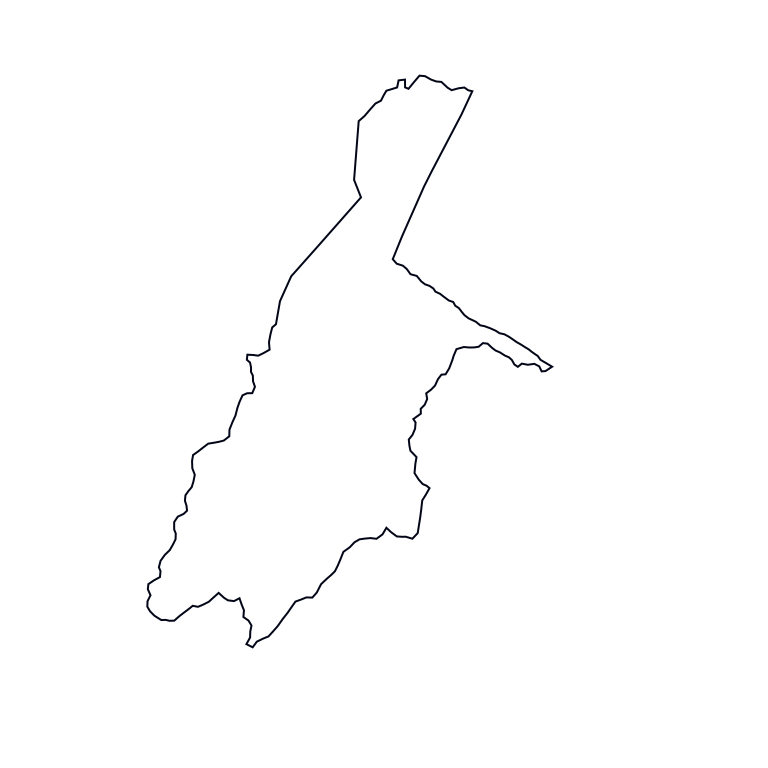 the district of São João do Rio do Peixe, Paraíba, Brazil, rotated 203°
{"feature_id": "56859067B54672156861025", "entity_name": "São João do Rio do Peixe", "entity_type": "district", "adm_level": 2, "iso_a3": "BRA", "parent_name": "Brazil", "parent_adm1": "Paraíba", "projection": "equal_earth", "projection_center": [-38.435, -6.751], "detail": "fine", "context": "isolated", "style": "outline", "palette": "ink", "viewbox_px": 768, "rotation_deg": 203, "n_neighbors": 0, "source": "geoboundaries", "source_scale": "gbopen_adm2", "svg_char_len": 3187}
<svg xmlns="http://www.w3.org/2000/svg" viewBox="0 0 768 768"><g transform="rotate(203 384 384)"><path d="M522.7,107.7L521.2,102.8L516.4,98.3L516.8,91.7L514.9,86.6L510.6,83.4L504.8,81.0L496.8,79.7L492.7,81.6L489.0,82.2L484.6,84.2L481.7,90.3L478.7,95.6L475.8,100.6L473.4,105.1L468.2,106.2L464.3,110.2L460.1,115.2L458.3,119.2L454.6,127.1L447.7,124.7L443.2,123.9L437.3,125.5L433.3,130.3L428.8,125.3L424.5,121.0L422.4,114.6L416.3,113.3L411.6,109.9L410.4,104.0L408.2,98.3L409.0,90.8L402.0,90.3L400.4,97.1L395.7,102.5L391.7,106.5L389.4,113.1L387.3,119.4L385.3,128.5L383.3,135.8L381.9,142.7L380.5,149.1L376.3,153.0L372.1,157.2L366.5,159.4L364.4,165.7L363.7,175.2L360.3,182.9L358.0,187.6L356.0,192.5L355.6,198.7L355.6,205.3L355.8,213.6L351.7,220.4L349.3,226.8L345.8,231.5L340.9,234.4L336.2,236.9L330.4,238.6L326.6,245.0L325.6,252.6L319.7,250.4L312.6,248.7L307.7,250.4L304.3,251.9L297.4,252.7L294.7,259.9L296.7,267.8L298.3,274.4L300.4,282.0L303.3,291.8L302.2,298.7L301.4,305.9L305.1,307.0L309.2,307.0L314.6,309.5L321.1,313.9L324.0,323.0L325.5,329.4L329.9,331.3L333.6,332.9L336.4,337.0L339.5,342.6L337.9,348.2L337.9,354.9L339.9,360.9L343.3,363.2L338.5,371.1L340.5,375.5L338.4,380.9L338.4,387.1L341.5,391.9L338.5,397.1L336.4,402.5L336.2,409.6L334.8,415.0L331.1,417.0L330.1,423.8L330.4,432.4L330.9,437.3L330.9,444.4L325.0,449.2L319.3,451.1L315.1,453.0L311.4,455.3L308.9,460.3L304.4,461.6L298.7,459.5L294.4,458.4L289.7,458.4L283.8,457.4L279.5,457.4L275.7,456.1L271.6,452.9L267.5,452.1L265.1,456.6L259.1,457.9L253.5,461.3L248.0,460.9L243.8,457.2L240.4,459.0L236.0,465.6L242.4,466.5L249.4,467.4L253.5,469.9L257.2,470.6L260.8,471.4L264.3,472.4L268.5,473.0L273.1,473.8L278.3,474.4L282.9,475.4L287.4,476.3L292.6,476.8L297.5,475.9L302.2,476.7L308.3,476.8L314.1,476.5L318.3,475.6L323.8,477.2L331.8,477.5L336.8,478.8L340.5,480.7L344.7,483.1L349.0,483.9L352.3,486.5L357.0,486.2L363.5,487.8L367.5,488.9L372.7,489.1L375.9,491.2L380.5,492.1L385.2,491.8L389.8,493.0L396.1,496.3L402.5,495.4L407.9,498.7L412.8,500.3L419.3,499.7L424.7,502.3L425.1,526.9L424.7,553.6L424.3,581.5L423.2,598.3L418.0,662.3L417.1,688.0L421.2,687.3L425.9,688.3L431.0,685.3L436.5,680.9L441.2,681.6L444.8,682.9L449.2,684.5L454.2,682.9L459.5,682.6L466.5,683.4L471.8,681.7L474.4,673.5L476.8,665.3L480.5,665.3L483.6,672.4L489.2,669.2L487.8,662.1L492.3,658.3L496.4,654.9L497.1,649.5L497.5,643.6L501.5,638.8L504.1,631.1L506.6,623.2L510.0,616.1L491.3,560.2L478.1,546.8L499.4,482.8L511.5,446.9L512.1,419.6L506.8,396.8L509.0,392.4L507.9,385.2L506.2,377.5L502.7,370.9L507.2,365.1L510.9,360.9L515.7,359.6L521.2,357.6L519.7,352.7L515.7,351.4L512.9,347.4L511.2,343.2L508.0,340.5L505.6,335.3L501.7,331.0L501.7,324.1L506.4,322.0L509.8,318.3L510.0,311.0L509.6,304.8L508.4,297.0L508.6,289.4L508.4,281.6L506.0,275.4L509.4,269.3L513.5,266.2L517.1,263.8L522.5,260.4L525.7,254.8L528.8,249.2L532.0,244.0L530.6,238.1L527.5,231.5L522.7,226.5L521.3,219.7L520.7,213.9L522.2,209.0L523.3,204.0L521.6,198.7L518.4,195.0L515.8,190.5L517.7,186.1L522.0,181.3L523.2,174.9L520.3,168.1L517.2,164.9L515.2,159.6L515.5,154.1L516.3,147.4L519.0,141.0L520.6,133.9L519.6,127.3L516.6,124.4L514.8,118.7L519.1,113.3L522.7,107.7Z" fill="none" stroke="#020617" stroke-width="2"/></g></svg>